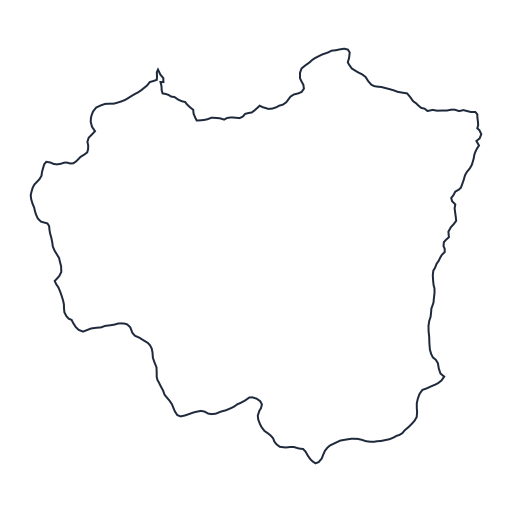 Rio Paranaíba, Minas Gerais, Brazil
{"feature_id": "56859067B47989676125638", "entity_name": "Rio Paranaíba", "entity_type": "district", "adm_level": 2, "iso_a3": "BRA", "parent_name": "Brazil", "parent_adm1": "Minas Gerais", "projection": "orthographic", "projection_center": [-46.305, -19.247], "detail": "fine", "context": "isolated", "style": "outline", "palette": "slate", "viewbox_px": 512, "rotation_deg": 0, "n_neighbors": 0, "source": "geoboundaries", "source_scale": "gbopen_adm2", "svg_char_len": 4814}
<svg xmlns="http://www.w3.org/2000/svg" viewBox="0 0 512 512"><path d="M349.3,65.0L347.8,62.4L349.1,57.7L349.7,52.5L347.9,49.6L344.2,48.7L339.7,49.4L336.1,50.2L331.5,50.7L328.4,52.3L325.6,53.3L322.4,54.4L318.7,56.2L314.8,58.2L312.3,59.9L309.4,62.5L305.2,65.5L301.6,68.4L300.0,72.8L300.0,78.3L301.6,81.6L303.4,84.9L303.9,88.7L301.6,92.0L298.2,93.4L293.8,94.5L290.5,96.6L288.2,99.7L286.2,102.3L282.8,104.7L279.4,105.6L276.2,107.3L272.3,108.6L268.3,108.9L265.5,108.0L262.7,107.2L259.7,105.7L257.0,108.2L254.3,110.6L251.7,112.5L248.5,113.0L245.1,113.9L242.8,116.6L239.6,118.1L236.4,117.8L231.7,117.4L227.3,117.9L224.1,119.6L220.0,118.3L215.3,117.9L211.6,117.7L207.3,119.3L203.9,120.0L199.5,120.4L196.7,120.5L195.3,117.8L193.6,113.8L193.2,109.8L189.7,107.0L187.0,104.4L185.1,102.0L181.7,101.2L178.2,99.6L174.4,97.0L171.2,96.6L168.5,94.9L165.8,94.0L162.6,93.4L161.7,90.4L161.5,86.2L160.5,82.0L163.4,82.1L163.3,78.1L160.3,74.5L158.0,69.6L156.8,72.3L157.0,76.1L156.8,79.8L153.5,81.0L149.7,82.1L147.1,85.5L143.7,88.2L141.3,90.2L138.0,92.4L134.5,94.2L131.0,96.3L127.4,98.6L124.7,100.1L121.1,101.5L116.9,102.8L113.7,103.7L109.7,103.7L105.1,103.9L100.8,105.4L96.2,107.5L93.1,111.4L91.9,114.4L91.0,117.4L90.7,121.8L92.0,126.8L95.0,131.2L91.8,134.6L88.7,137.7L87.4,141.9L88.2,145.4L88.1,149.1L87.2,152.4L84.4,154.5L80.5,156.9L78.3,159.2L76.2,161.3L73.3,163.3L70.2,163.5L67.2,162.6L64.4,162.6L61.1,163.7L56.9,164.4L53.5,163.9L50.3,162.5L46.3,161.8L44.2,164.3L43.0,168.4L42.0,172.0L41.5,175.7L39.6,179.0L37.2,181.6L34.3,184.6L32.7,187.7L31.5,191.7L30.7,195.3L31.2,199.3L32.6,203.9L34.2,207.7L34.9,211.0L36.0,214.5L37.8,218.5L40.9,221.6L44.4,222.6L47.4,223.4L49.1,226.0L49.4,229.3L50.0,233.0L51.3,237.7L52.3,242.6L52.8,246.5L54.5,250.5L57.1,254.8L59.1,258.1L59.9,261.7L61.1,266.3L61.3,271.9L59.3,276.0L57.0,278.6L54.7,281.0L56.1,284.0L58.5,287.6L60.3,292.0L61.8,296.3L63.1,300.6L63.9,304.3L64.0,308.3L64.4,312.3L66.4,316.2L68.7,318.7L71.6,319.9L73.0,322.7L75.7,327.0L78.7,329.9L83.0,331.6L87.2,330.0L91.0,328.5L96.0,327.8L101.0,327.4L105.1,325.9L110.1,325.3L114.5,324.6L118.2,323.5L121.3,323.4L124.5,323.6L127.2,324.4L130.2,327.2L131.3,330.0L132.4,332.9L135.0,335.8L139.6,337.8L142.0,339.4L145.0,341.2L147.8,342.9L149.9,345.1L151.7,348.5L152.5,352.5L152.9,357.8L154.3,361.9L156.5,367.4L156.7,372.8L156.7,376.8L157.4,379.8L158.9,382.5L160.4,385.6L163.1,390.6L164.6,394.8L167.0,397.7L169.4,400.5L171.9,404.2L173.4,407.9L174.9,411.5L177.3,415.1L180.6,416.4L185.2,415.4L189.5,413.9L193.4,412.5L197.1,411.6L200.9,410.9L204.6,411.6L208.2,413.6L211.4,414.1L215.8,413.7L219.9,412.0L222.6,411.1L225.6,410.4L228.7,409.1L231.5,407.9L234.1,406.6L237.3,404.3L241.0,402.7L244.2,401.0L246.8,399.3L249.3,397.5L252.2,397.3L256.7,398.7L260.2,401.2L261.9,404.3L261.0,408.1L259.4,410.7L257.8,415.6L258.2,419.4L259.9,423.9L261.7,427.4L264.5,431.0L267.9,433.3L270.5,435.4L273.0,438.1L274.5,441.8L276.6,444.4L279.8,446.8L285.7,447.5L290.1,447.0L293.8,447.0L298.9,448.5L303.1,449.0L305.6,451.7L307.8,455.6L310.4,459.3L312.7,461.5L315.5,463.3L318.7,462.1L321.8,458.4L323.3,454.5L325.0,450.7L327.4,447.7L329.9,445.5L332.8,444.1L336.2,442.5L340.2,440.6L345.2,439.7L348.5,439.2L351.9,438.7L357.8,438.9L361.7,439.8L366.0,441.2L370.0,441.7L373.7,441.8L377.4,441.2L380.9,441.0L384.7,440.2L389.5,439.2L393.8,437.4L396.6,435.8L399.3,435.0L402.3,433.2L404.7,430.3L408.6,427.0L412.3,423.3L414.7,420.5L416.7,417.0L417.1,412.4L416.8,408.1L416.8,403.2L417.8,398.7L419.6,393.8L422.4,389.9L426.7,388.4L431.0,386.4L435.3,384.6L438.0,383.2L441.5,380.5L444.2,376.6L440.5,373.6L438.8,368.6L437.9,363.2L435.8,359.8L432.9,357.4L431.2,354.1L429.9,349.6L429.5,345.0L429.3,341.1L429.2,337.0L428.6,331.5L428.5,325.8L429.2,321.0L430.6,316.8L431.1,312.2L431.4,308.5L432.6,305.2L433.5,302.5L433.8,299.2L434.5,293.1L434.5,288.5L433.6,285.2L433.1,280.5L432.8,275.2L433.3,270.7L435.1,267.6L436.7,263.6L438.7,260.8L440.4,257.3L441.9,254.8L444.7,252.1L444.7,248.8L443.5,246.1L443.9,242.1L446.0,239.8L448.9,237.2L448.4,231.7L450.8,227.3L453.8,224.0L456.2,220.8L455.8,217.3L455.2,212.8L454.6,208.3L455.3,204.4L452.1,201.2L451.2,198.0L453.2,195.5L455.3,191.6L458.7,189.7L460.9,187.7L462.4,183.6L463.8,179.6L465.0,175.3L466.9,171.9L469.8,168.4L471.7,165.1L472.6,162.3L473.7,158.5L474.2,155.3L475.1,152.4L476.9,148.7L479.0,145.5L476.4,141.0L479.6,138.4L481.3,134.2L479.4,130.2L477.3,128.3L478.2,125.0L477.9,121.5L477.4,117.6L477.3,114.3L475.3,112.0L470.8,112.0L466.9,111.0L463.4,110.1L459.1,111.1L454.8,109.7L451.1,109.7L447.1,110.5L442.9,110.5L437.0,110.7L432.7,109.9L427.5,111.0L424.7,108.7L421.2,107.9L418.2,105.4L416.1,103.3L413.1,101.2L410.3,97.2L407.1,93.4L401.4,92.5L397.6,91.8L393.6,90.3L389.4,89.1L385.9,88.2L381.3,87.0L377.0,86.6L374.1,86.1L371.3,84.7L368.1,81.0L365.6,77.0L362.2,74.4L357.8,72.2L354.5,70.2L351.8,68.5L349.3,65.0Z" fill="none" stroke="#1e293b" stroke-width="2"/></svg>